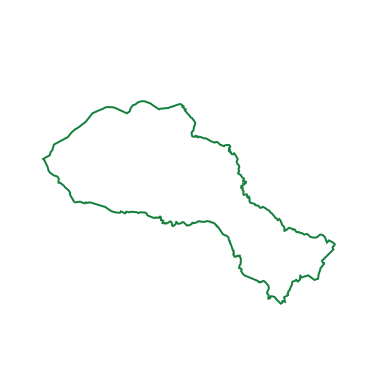 Posaga, Alba, Romania (Mercator projection), rotated 17°
{"feature_id": "2599482B27316510351450", "entity_name": "Posaga", "entity_type": "district", "adm_level": 2, "iso_a3": "ROU", "parent_name": "Romania", "parent_adm1": "Alba", "projection": "mercator", "projection_center": [23.36, 46.459], "detail": "fine", "context": "isolated", "style": "outline", "palette": "green", "viewbox_px": 384, "rotation_deg": 17, "n_neighbors": 0, "source": "geoboundaries", "source_scale": "gbopen_adm2", "svg_char_len": 6061}
<svg xmlns="http://www.w3.org/2000/svg" viewBox="0 0 384 384"><g transform="rotate(17 192 192)"><path d="M334.7,240.3L337.9,238.1L337.1,232.9L337.4,229.1L337.1,227.6L339.3,222.2L339.0,221.3L337.5,221.3L336.4,219.8L344.0,205.6L342.8,204.2L342.9,203.3L342.7,203.1L343.4,202.2L343.9,200.3L343.1,200.0L342.5,199.4L337.2,198.2L335.8,200.9L332.2,196.2L330.1,195.2L328.5,194.9L327.1,195.3L326.5,195.9L325.9,197.0L324.5,199.0L322.0,200.0L319.8,200.3L318.5,200.3L314.6,198.5L313.7,198.7L311.9,199.9L311.6,199.9L309.4,199.2L307.5,199.5L306.1,199.1L305.5,199.2L304.9,199.7L304.2,199.5L303.9,199.6L302.8,199.4L302.0,198.4L301.4,197.9L300.3,198.3L299.6,197.9L299.0,198.3L298.4,198.0L296.6,197.8L295.4,197.8L293.4,200.6L291.8,202.2L291.6,202.0L290.9,199.4L289.9,198.2L289.3,197.8L287.6,197.1L286.9,195.6L285.7,194.7L285.5,194.0L285.0,193.4L283.3,192.3L282.3,193.9L281.8,193.7L280.8,192.6L279.4,192.4L277.0,190.6L275.0,189.3L273.8,188.9L272.3,188.1L271.3,187.2L270.1,187.2L266.8,186.0L264.4,185.5L263.5,185.8L262.9,186.8L261.9,187.2L260.6,186.6L259.6,185.7L257.8,185.9L257.6,186.1L257.0,186.2L256.4,186.1L255.7,185.2L250.5,185.1L250.2,184.7L250.1,184.3L249.5,183.7L249.3,181.9L248.5,181.3L248.1,179.9L247.8,180.1L247.7,181.2L247.1,181.1L246.9,180.3L245.8,180.1L245.9,179.2L245.4,178.4L244.5,178.4L242.2,179.6L241.5,178.5L241.1,176.1L239.4,175.0L239.5,173.5L239.2,173.1L237.7,173.5L237.5,173.2L237.8,172.7L237.5,171.8L238.7,170.8L239.1,169.9L238.7,169.4L239.8,169.1L239.8,168.4L240.7,168.0L240.8,166.6L240.3,166.3L237.9,167.0L237.6,166.8L237.6,166.1L238.0,164.2L237.1,163.7L235.7,163.4L233.7,161.5L230.9,161.0L230.5,160.3L231.0,159.0L230.9,157.8L230.3,157.4L229.7,156.5L229.9,154.0L228.9,152.7L227.3,152.0L225.8,149.8L226.1,147.1L222.2,143.5L221.0,142.8L221.0,143.4L220.7,143.8L219.1,144.1L218.1,143.6L217.8,142.8L216.8,142.7L216.8,142.0L216.7,141.9L215.5,142.1L215.1,141.7L215.8,140.4L215.8,140.2L215.3,139.8L214.7,139.8L214.6,138.9L215.3,137.7L215.3,137.3L215.1,137.0L213.6,136.1L210.0,137.6L209.4,138.7L208.6,138.9L206.9,138.5L205.2,138.6L202.1,137.0L200.5,137.0L199.1,138.2L194.4,137.8L192.8,137.2L191.8,137.2L190.2,136.6L187.1,137.2L184.7,136.9L183.2,136.9L182.3,137.2L182.1,137.9L181.4,138.0L180.1,137.0L179.8,137.0L179.6,137.5L179.2,137.4L178.9,137.6L178.7,137.8L178.6,138.4L177.8,138.4L177.3,138.7L176.0,138.7L175.1,137.5L174.3,135.5L174.6,133.9L175.3,133.0L175.1,130.3L174.8,129.4L174.9,127.9L175.2,126.9L175.1,125.8L175.0,125.3L174.1,124.1L173.6,123.6L170.4,121.3L168.5,120.8L166.6,119.1L165.0,118.6L163.3,117.2L161.8,116.4L161.4,116.1L161.8,114.8L159.9,114.6L159.3,113.6L159.2,113.1L158.0,113.3L158.1,112.9L158.0,112.7L158.2,112.2L157.5,112.0L155.2,111.2L152.6,112.8L147.8,116.4L146.7,116.9L144.8,118.6L137.6,121.5L136.4,122.6L127.4,119.9L126.8,119.5L119.8,119.1L117.2,120.0L116.0,120.6L113.9,122.3L112.2,124.9L110.0,126.4L109.8,126.9L108.8,130.4L108.7,131.8L108.9,133.1L106.7,135.8L93.6,134.0L90.8,134.3L86.1,135.6L84.7,136.2L82.7,138.3L79.0,141.3L73.8,145.8L69.8,156.0L64.7,163.2L61.6,166.7L59.3,170.5L57.3,175.7L46.1,187.0L46.2,192.8L45.1,195.3L45.3,198.3L40.0,203.9L41.3,204.6L43.6,207.0L46.7,210.4L48.3,213.1L50.0,214.7L52.4,215.7L55.3,216.6L57.4,216.5L58.5,216.6L59.2,216.9L60.7,218.2L61.3,221.3L61.7,222.2L62.2,222.2L63.3,221.7L67.9,223.6L68.4,224.1L70.2,225.2L71.6,225.5L73.9,226.8L75.9,228.6L75.7,229.4L76.3,230.5L76.9,230.9L79.1,233.1L79.8,233.5L81.6,235.5L82.9,236.1L86.1,234.9L86.5,234.4L87.8,234.0L92.4,234.3L93.0,234.1L93.5,233.0L94.0,232.9L94.6,233.1L95.4,232.9L96.1,232.3L97.8,231.7L113.6,231.7L117.8,233.2L120.8,233.9L122.0,233.9L123.4,234.0L127.8,233.3L128.7,233.1L129.3,232.7L129.5,232.2L129.5,231.4L131.1,231.4L133.7,232.0L134.4,231.9L134.8,231.3L134.7,230.4L136.2,229.7L138.2,229.8L139.0,228.8L145.4,227.4L146.4,227.8L147.1,227.8L148.4,226.4L150.1,226.2L152.4,225.4L154.6,225.7L155.2,226.4L155.5,226.4L155.7,227.0L156.8,227.5L162.0,227.9L164.2,227.6L164.8,226.9L165.8,227.0L167.1,226.3L168.2,226.2L168.4,225.0L169.0,224.8L169.7,225.4L170.0,226.0L170.0,226.6L170.7,227.2L170.5,227.7L170.6,228.0L172.8,227.9L172.6,229.1L173.0,229.8L172.9,230.3L173.8,230.4L174.7,229.6L175.6,229.6L175.8,229.9L176.7,229.7L177.1,229.0L178.6,227.9L179.6,226.6L180.2,226.4L181.8,227.6L182.5,228.7L182.4,229.3L183.2,230.0L183.7,230.2L184.1,230.0L184.8,229.1L185.6,227.4L185.9,226.3L185.6,225.3L185.7,225.2L186.2,225.3L187.5,226.5L188.1,226.5L190.5,225.2L191.7,223.6L192.7,223.4L195.3,224.6L196.7,225.5L197.4,225.1L197.7,225.2L199.0,224.7L201.0,222.7L201.4,221.2L202.6,221.3L203.7,220.9L206.1,218.9L206.6,218.1L208.5,217.7L209.5,217.8L210.4,217.4L212.8,216.9L214.6,215.6L215.4,215.3L217.7,215.0L218.4,215.4L219.4,215.2L220.0,215.4L221.1,215.1L222.8,215.5L223.1,215.9L224.9,216.5L225.2,217.3L225.7,217.7L226.4,217.5L227.4,218.0L228.1,218.7L229.1,219.2L229.9,220.2L230.5,220.5L232.6,222.3L233.0,222.8L234.0,223.4L234.9,223.4L236.1,223.8L237.9,223.7L240.3,224.9L241.1,226.4L241.2,227.0L242.0,227.9L242.7,228.0L243.0,228.5L242.9,229.1L244.2,230.5L244.5,230.7L247.8,235.4L248.3,235.5L248.6,235.9L248.9,236.0L249.1,236.3L248.9,236.6L248.9,236.8L249.5,237.5L249.5,237.8L249.8,238.1L249.6,238.4L249.8,238.9L249.7,239.2L249.8,239.5L249.8,239.8L250.3,239.9L250.7,240.3L250.7,240.5L251.1,240.9L251.3,241.4L252.0,241.1L252.5,241.2L253.1,240.8L253.4,240.3L254.0,240.2L254.4,239.6L254.8,239.7L255.5,239.1L256.3,238.9L256.7,240.0L258.1,241.2L259.0,244.3L259.6,246.9L259.1,247.8L258.9,249.2L259.4,250.1L259.3,250.9L261.2,251.0L262.2,251.7L262.1,253.2L264.3,255.2L266.5,256.4L281.1,257.8L281.9,258.6L282.6,258.6L283.2,258.2L283.7,258.5L285.4,257.0L285.9,256.3L286.8,256.1L289.1,257.1L292.5,259.3L293.6,261.6L293.5,263.9L293.2,264.6L293.3,266.7L295.5,268.3L295.8,269.2L296.0,271.6L296.8,271.5L297.6,270.8L297.8,270.1L297.9,268.7L298.3,268.4L301.6,268.2L305.7,270.9L309.6,272.8L310.6,271.7L310.4,269.9L313.0,269.8L310.9,265.7L314.0,262.6L313.1,261.4L313.6,260.8L313.1,258.9L314.1,256.9L314.1,255.1L314.6,251.7L314.3,248.4L316.3,246.9L317.3,245.5L319.4,246.7L320.8,244.3L319.8,239.5L320.6,241.0L321.6,241.8L327.6,237.7L334.7,240.3Z" fill="none" stroke="#15803d" stroke-width="2"/></g></svg>